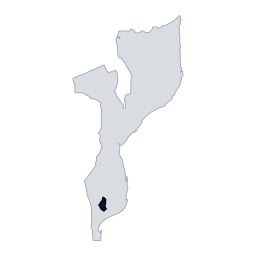 Guija, Gaza, Mozambique shown in context
{"feature_id": "85939544B1211152631593", "entity_name": "Guija", "entity_type": "district", "adm_level": 2, "iso_a3": "MOZ", "parent_name": "Mozambique", "parent_adm1": "Gaza", "projection": "equal_earth", "projection_center": [33.226, -24.142], "detail": "fine", "context": "in_parent", "style": "filled", "palette": "ink", "viewbox_px": 256, "rotation_deg": 0, "n_neighbors": 0, "source": "geoboundaries", "source_scale": "gbopen_adm2", "svg_char_len": 4975}
<svg xmlns="http://www.w3.org/2000/svg" viewBox="0 0 256 256"><path d="M84.5,180.6L85.9,179.2L95.4,166.1L96.0,165.6L95.2,163.4L96.5,160.8L96.6,156.9L97.0,156.2L98.5,154.9L100.5,150.8L101.7,147.6L101.9,146.1L100.1,141.8L99.5,139.4L100.1,137.4L100.2,135.5L100.0,134.9L98.9,134.1L98.7,133.3L98.7,132.3L98.9,131.7L100.3,130.8L100.6,130.4L101.7,125.3L101.3,121.5L101.3,117.1L101.6,112.6L101.5,110.0L100.6,107.0L100.5,104.9L101.1,103.4L101.2,102.5L99.1,102.0L98.0,100.8L94.0,98.9L90.8,98.6L88.2,95.6L86.2,95.1L83.6,93.0L75.3,92.6L75.0,92.3L74.7,85.8L74.4,83.6L73.4,81.3L73.1,79.7L73.1,78.6L77.7,76.2L86.6,72.9L88.6,71.7L103.8,65.0L104.3,65.4L105.8,68.9L108.3,72.8L109.0,72.2L112.6,71.6L113.2,71.1L114.3,70.7L115.6,70.5L116.0,70.8L117.3,73.2L117.8,77.7L117.8,80.7L117.7,82.9L116.6,85.4L115.8,88.6L114.6,90.3L114.6,91.1L116.0,93.0L116.2,93.8L116.2,95.4L116.4,96.1L117.5,97.1L118.4,98.6L121.7,103.2L122.5,104.0L123.2,104.2L123.5,105.1L123.3,106.1L122.8,106.7L123.0,107.6L123.6,108.3L125.2,108.1L125.3,107.8L125.3,103.8L124.7,101.5L124.1,100.4L125.4,96.1L126.1,94.9L128.6,94.4L129.7,94.0L130.2,93.5L130.6,92.1L130.9,88.2L131.0,84.6L130.8,82.5L131.1,79.2L131.7,77.3L131.4,76.9L131.2,74.2L125.1,63.4L121.5,58.6L120.9,58.1L119.0,57.7L118.0,55.9L117.2,46.2L115.9,39.2L117.9,34.6L118.6,31.6L119.0,31.1L120.8,30.9L126.9,31.1L128.4,31.3L129.1,31.0L130.7,29.2L132.1,29.3L133.8,30.4L134.8,31.4L135.0,32.3L136.2,32.8L138.4,32.9L140.0,32.5L141.0,31.4L142.1,30.9L143.2,30.8L144.0,31.2L144.6,31.9L145.7,32.5L147.3,32.8L149.0,32.3L150.9,31.0L152.0,29.6L152.6,27.3L153.0,27.0L155.7,26.8L157.1,27.2L158.9,28.7L162.1,26.1L164.1,25.2L166.0,25.2L167.6,24.6L168.8,23.4L170.1,22.6L172.8,21.6L174.6,20.4L179.6,15.4L180.1,16.8L181.1,18.1L179.8,19.6L180.9,20.5L180.1,21.9L180.0,22.9L180.4,23.8L179.8,25.4L179.0,26.6L178.8,27.5L179.5,29.2L179.1,32.1L180.1,37.0L179.8,38.6L180.0,42.4L179.6,43.8L180.2,44.3L180.5,45.8L180.2,48.4L179.1,49.5L179.0,50.6L180.3,50.7L180.3,54.0L180.1,55.0L180.4,56.1L180.0,57.3L180.4,62.7L180.5,66.5L180.5,67.2L181.7,67.8L181.6,68.9L180.9,70.3L180.9,72.3L181.8,70.7L182.3,70.7L182.7,71.3L182.7,73.7L182.9,74.8L182.8,75.9L181.4,77.8L181.3,79.7L180.8,79.9L180.5,80.4L180.9,81.4L180.8,82.4L179.9,85.3L175.1,92.4L175.0,93.6L173.8,95.8L172.5,96.1L171.8,96.7L172.3,98.7L166.1,103.6L165.4,104.3L164.4,106.1L162.3,107.1L160.1,107.2L159.7,107.6L154.7,109.9L153.7,110.9L151.5,111.9L148.2,114.4L145.4,116.7L142.2,120.2L141.8,122.1L140.3,124.6L138.1,127.5L136.7,129.9L136.7,130.9L135.9,131.2L135.2,130.2L134.9,132.2L134.4,132.3L133.8,131.9L131.0,134.0L128.9,136.3L126.0,140.9L121.7,145.3L120.7,145.4L119.4,143.8L118.6,143.7L119.7,145.4L119.7,149.1L119.1,153.4L119.2,154.3L122.0,158.9L123.3,164.2L123.4,166.9L124.8,170.4L125.4,175.6L125.3,180.5L125.9,181.3L126.2,180.6L126.3,177.6L126.7,176.7L127.1,176.8L127.5,178.5L127.6,180.3L127.0,184.1L127.2,185.6L127.9,188.2L127.0,191.2L125.7,199.5L126.0,200.1L126.6,200.2L126.9,199.3L127.3,199.3L127.4,199.9L126.9,203.1L126.4,204.6L124.5,208.1L123.5,209.5L121.9,211.0L118.0,213.3L110.2,216.6L105.3,219.2L101.4,222.3L99.8,224.4L99.1,226.7L97.7,229.2L98.9,231.3L100.3,232.7L101.0,230.3L101.4,230.3L100.7,240.5L95.4,240.6L93.9,240.3L93.0,240.3L92.9,236.1L92.3,232.9L92.5,230.6L92.4,229.4L91.3,228.6L91.0,226.1L91.7,224.2L91.6,208.5L89.7,200.8L87.1,195.3L87.0,192.5L85.8,186.3L84.5,180.6ZM119.3,38.6L119.9,38.1L120.0,37.3L119.6,36.9L119.2,37.0L119.0,38.3L119.3,38.6ZM118.8,37.1L118.3,36.5L117.9,36.6L117.8,37.2L118.2,37.8L118.6,37.8L118.8,37.1Z" fill="#d9dde1" stroke="#a8b0b8" stroke-width="1"/><path d="M105.5,199.4L105.4,199.4L105.2,199.2L105.0,198.9L104.9,198.9L104.8,198.7L104.7,198.6L104.5,198.4L104.4,198.3L104.3,198.2L104.2,198.1L104.1,197.9L103.9,197.8L103.7,197.7L103.4,197.6L103.3,197.4L103.2,197.4L103.2,197.5L102.9,197.4L103.0,197.5L103.0,197.8L102.9,197.9L102.9,198.0L102.9,198.3L102.9,198.5L102.3,200.4L101.9,201.6L101.7,201.5L101.6,201.4L101.0,202.3L100.7,202.6L99.9,203.8L99.2,204.9L99.3,204.9L99.3,205.0L99.4,205.3L99.5,205.3L99.5,205.5L99.6,205.8L99.8,205.9L99.9,206.0L100.0,206.2L100.0,206.3L100.0,206.5L100.2,206.8L100.3,206.9L100.2,207.0L100.3,207.1L100.4,207.3L100.4,207.5L100.5,207.6L100.6,207.8L100.7,208.0L100.6,208.3L100.8,208.5L100.8,208.4L101.0,208.4L101.2,208.2L101.3,208.2L101.4,208.3L101.5,208.3L101.5,208.5L101.8,208.8L101.9,209.0L102.0,209.2L102.3,209.3L102.4,209.5L102.4,209.8L102.5,209.8L102.6,209.7L102.8,209.8L102.8,210.0L102.7,210.0L102.8,210.1L103.0,210.0L103.2,210.3L103.2,210.5L103.3,210.6L103.5,210.7L103.7,210.8L103.8,210.8L104.0,210.9L104.2,210.7L104.3,210.6L104.5,210.5L104.6,210.4L104.6,210.2L104.6,209.9L104.6,209.7L104.8,209.6L105.0,209.4L105.3,209.3L105.4,209.2L105.5,209.2L106.1,209.0L106.2,208.9L106.1,208.7L105.9,208.6L105.7,208.5L105.7,208.4L105.6,208.2L105.5,207.9L105.4,207.8L105.4,207.7L105.4,207.4L105.3,207.2L105.2,207.1L105.2,206.9L105.0,206.7L104.9,206.6L104.9,206.4L104.7,206.3L104.7,206.2L104.5,205.9L104.5,205.7L105.4,204.2L105.5,199.4Z" fill="#0f172a" stroke="#020617" stroke-width="1.5"/></svg>